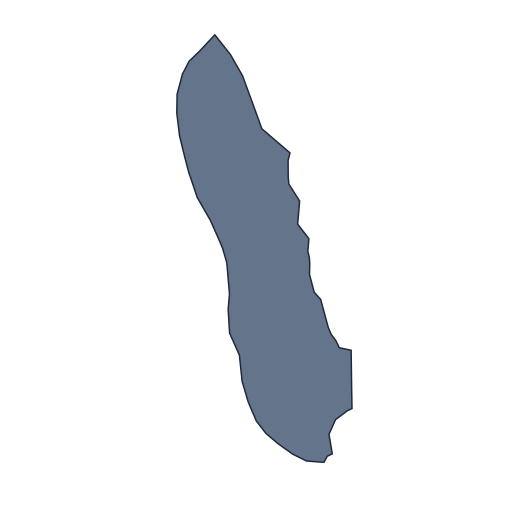 Omumma, Rivers, Nigeria, rotated 151°
{"feature_id": "59680162B88302028338466", "entity_name": "Omumma", "entity_type": "district", "adm_level": 2, "iso_a3": "NGA", "parent_name": "Nigeria", "parent_adm1": "Rivers", "projection": "natural_earth1", "projection_center": [7.241, 5.083], "detail": "fine", "context": "isolated", "style": "filled", "palette": "slate", "viewbox_px": 512, "rotation_deg": 151, "n_neighbors": 0, "source": "geoboundaries", "source_scale": "gbopen_adm2", "svg_char_len": 1104}
<svg xmlns="http://www.w3.org/2000/svg" viewBox="0 0 512 512"><g transform="rotate(151 256 256)"><path d="M184.8,469.4L206.5,462.4L220.0,458.8L232.2,450.7L239.1,443.5L242.1,440.4L246.7,435.6L250.1,429.6L256.0,419.4L261.0,407.0L264.5,398.5L265.5,394.9L270.4,376.9L274.4,361.2L275.5,354.8L279.0,335.8L278.8,320.3L278.6,309.6L280.7,285.6L281.5,278.9L284.7,264.7L285.1,263.7L286.3,260.9L297.7,235.5L306.3,222.7L315.0,204.4L315.7,202.9L316.5,201.3L316.9,196.9L317.3,191.6L318.6,177.4L319.0,176.3L320.1,173.8L329.0,152.8L331.0,143.6L331.9,139.6L333.1,134.3L333.6,131.8L334.6,122.6L335.1,117.0L335.7,111.7L333.3,95.9L327.6,80.9L320.5,66.0L320.1,65.1L311.3,52.3L305.9,48.7L296.6,42.6L290.7,46.3L285.2,46.0L280.2,60.1L278.6,64.7L265.8,74.3L251.1,76.4L246.0,76.0L236.5,93.9L218.5,127.4L227.6,135.4L227.2,143.1L228.2,151.0L227.5,158.2L220.5,186.6L222.7,196.1L218.1,214.0L212.4,223.8L210.0,229.1L208.4,235.0L201.4,245.4L204.1,263.7L191.2,282.9L192.4,303.0L189.5,309.5L181.6,324.0L176.3,329.7L189.2,364.4L185.8,385.6L180.4,420.2L180.7,444.5L184.8,469.4Z" fill="#64748b" stroke="#1e293b" stroke-width="1.5"/></g></svg>